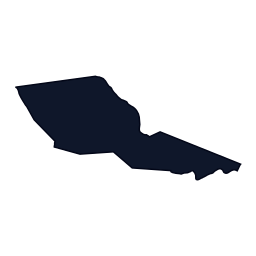 Canelles, Micoud, Saint Lucia
{"feature_id": "8701671B20457253682512", "entity_name": "Canelles", "entity_type": "district", "adm_level": 2, "iso_a3": "LCA", "parent_name": "Saint Lucia", "parent_adm1": "Micoud", "projection": "albers", "projection_center": [-60.909, 13.785], "detail": "fine", "context": "isolated", "style": "filled", "palette": "ink", "viewbox_px": 256, "rotation_deg": 0, "n_neighbors": 0, "source": "geoboundaries", "source_scale": "gbopen_adm2", "svg_char_len": 4302}
<svg xmlns="http://www.w3.org/2000/svg" viewBox="0 0 256 256"><path d="M54.3,147.0L80.0,154.1L113.4,151.8L132.2,167.9L170.7,170.6L171.0,171.7L172.5,172.5L175.6,173.2L177.1,173.4L179.4,173.6L181.2,174.0L184.0,173.0L185.3,172.9L187.7,172.7L188.8,172.2L190.6,171.5L191.2,170.9L192.9,170.7L193.0,170.7L193.1,170.8L193.3,170.9L193.3,171.0L194.4,172.4L194.5,172.5L194.7,172.8L194.8,173.0L195.0,173.3L195.1,173.5L195.5,174.6L195.6,174.8L195.7,175.0L195.8,177.9L195.8,178.0L195.8,178.3L195.9,178.7L196.0,178.8L196.1,179.0L196.2,179.3L196.3,179.3L196.5,179.4L196.5,179.5L196.8,179.6L197.0,179.7L197.3,179.7L197.5,179.7L197.8,179.7L198.1,179.6L198.3,179.6L198.6,179.5L198.7,179.4L198.9,179.3L199.2,179.2L199.3,179.2L199.5,179.0L199.7,178.9L199.8,178.9L200.2,178.7L200.3,178.6L200.5,178.5L200.7,178.4L200.8,178.3L201.0,178.2L201.3,178.1L201.5,178.0L201.7,177.9L201.9,177.9L202.1,177.8L202.3,177.7L202.5,177.6L202.8,177.4L203.1,177.2L203.3,177.1L203.5,177.0L203.7,176.9L203.8,176.9L204.0,176.8L204.3,176.7L204.5,176.5L204.8,176.4L205.0,176.3L205.1,176.2L205.5,176.0L205.9,175.8L206.1,175.7L206.4,175.5L206.6,175.3L206.8,175.2L207.0,175.1L207.4,174.9L207.6,174.8L207.9,174.6L208.0,174.6L208.3,174.5L208.4,174.4L208.5,174.4L208.9,174.2L209.0,174.1L209.4,174.0L209.7,173.9L209.8,173.8L209.9,173.7L210.0,173.7L210.3,173.6L210.5,173.6L210.8,173.5L211.0,173.5L211.1,173.4L211.3,173.4L211.5,173.4L211.9,173.2L212.1,173.2L212.4,173.1L212.5,173.0L212.7,172.8L212.8,172.8L212.8,172.7L213.1,172.5L213.3,172.4L213.4,172.2L213.6,172.1L213.8,171.9L214.1,171.7L214.3,171.5L214.4,171.4L214.6,171.2L214.9,171.0L215.0,170.9L215.3,170.7L215.7,170.5L215.8,170.4L216.0,170.3L216.1,170.2L216.3,170.1L216.5,170.0L216.7,169.9L216.8,169.8L216.9,169.7L217.2,169.5L217.3,169.5L217.4,169.4L217.5,169.4L217.8,169.2L218.0,169.1L218.3,169.0L218.5,169.0L218.6,168.9L218.8,168.9L219.0,168.8L219.3,168.7L219.6,168.7L219.8,168.7L220.2,168.7L220.3,168.7L220.5,168.7L220.6,168.8L220.8,168.8L221.0,168.9L221.2,169.0L221.3,169.0L221.5,169.1L221.7,169.3L221.9,169.4L222.0,169.5L222.3,169.7L222.4,169.8L222.6,170.0L222.9,170.3L223.0,170.4L223.0,170.5L223.2,170.8L223.2,171.0L223.3,171.2L223.3,171.3L223.4,171.5L223.5,171.6L223.6,171.8L223.7,172.0L223.8,172.2L223.9,172.3L224.1,172.4L224.1,172.5L224.3,172.6L224.5,172.7L224.7,172.8L224.8,172.8L225.0,173.0L225.4,173.1L225.5,173.1L225.8,173.2L226.1,173.2L226.4,173.2L226.5,173.2L227.0,173.1L227.3,173.0L227.5,172.9L227.8,172.8L227.9,172.7L228.0,172.7L228.3,172.5L228.4,172.4L228.5,172.4L228.8,172.2L229.0,172.1L229.2,171.9L229.3,171.9L229.5,171.7L229.8,171.5L229.9,171.4L230.0,171.4L230.3,171.2L230.5,171.1L230.7,170.9L230.8,170.9L231.0,170.8L231.3,170.7L231.5,170.5L231.8,170.4L232.1,170.3L232.2,170.2L232.3,170.2L232.6,170.1L232.9,170.0L233.0,170.0L233.2,169.9L233.3,169.9L233.5,169.9L234.0,169.8L234.3,169.8L234.5,169.8L234.8,169.9L235.0,169.9L235.3,169.9L235.4,170.0L235.5,170.0L235.8,170.1L236.0,170.1L236.2,170.3L236.3,170.3L236.5,170.4L236.7,170.5L236.8,170.5L237.0,170.7L237.2,170.8L238.2,168.7L239.8,165.3L240.6,164.2L160.1,131.9L149.3,136.9L148.5,136.0L147.6,135.6L146.6,134.8L144.8,134.8L143.3,134.3L141.3,133.0L139.9,131.8L139.3,130.2L139.3,128.2L139.8,124.5L139.4,119.7L139.2,117.1L138.4,114.0L136.6,110.7L135.6,109.4L134.6,108.4L133.9,107.8L133.3,107.3L132.6,106.9L131.8,106.5L131.1,106.1L130.4,105.6L129.7,105.2L128.9,104.7L128.3,104.2L127.7,103.6L127.3,102.9L126.9,102.1L126.2,101.6L125.5,101.2L124.7,100.9L123.2,100.2L122.7,100.1L121.9,99.8L121.1,99.5L120.4,99.0L119.8,98.4L119.1,97.9L118.5,97.4L117.9,96.8L117.3,96.2L116.8,95.5L116.3,94.9L115.7,94.2L115.1,93.7L114.5,93.0L113.9,92.4L112.9,91.0L112.4,90.3L112.0,89.6L111.7,88.8L111.3,88.1L110.7,87.4L110.1,87.0L109.3,86.6L108.7,86.0L108.2,85.3L107.7,84.6L107.2,83.9L106.8,83.2L106.3,82.5L105.9,81.7L105.4,81.0L104.9,80.4L104.2,79.8L103.8,79.2L103.1,78.6L102.4,78.3L101.6,77.9L100.7,77.6L99.9,77.3L99.1,77.0L98.3,77.0L97.5,76.9L96.6,76.7L96.0,76.5L95.4,76.3L15.4,87.2L15.8,87.3L16.4,87.6L16.8,87.9L17.2,88.3L17.6,88.9L17.9,89.5L18.2,90.1L18.4,90.7L18.6,91.4L18.8,92.1L18.9,92.5L19.0,93.2L19.3,94.0L19.5,94.5L20.2,95.9L21.1,97.7L22.1,99.4L23.1,101.1L24.0,102.5L24.5,103.3L25.2,104.5L25.6,105.1L26.1,105.7L26.7,106.4L34.2,119.8L55.1,141.3L54.6,143.0L54.7,144.3L54.3,146.3L54.3,147.0Z" fill="#0f172a" stroke="#020617" stroke-width="1.5"/></svg>